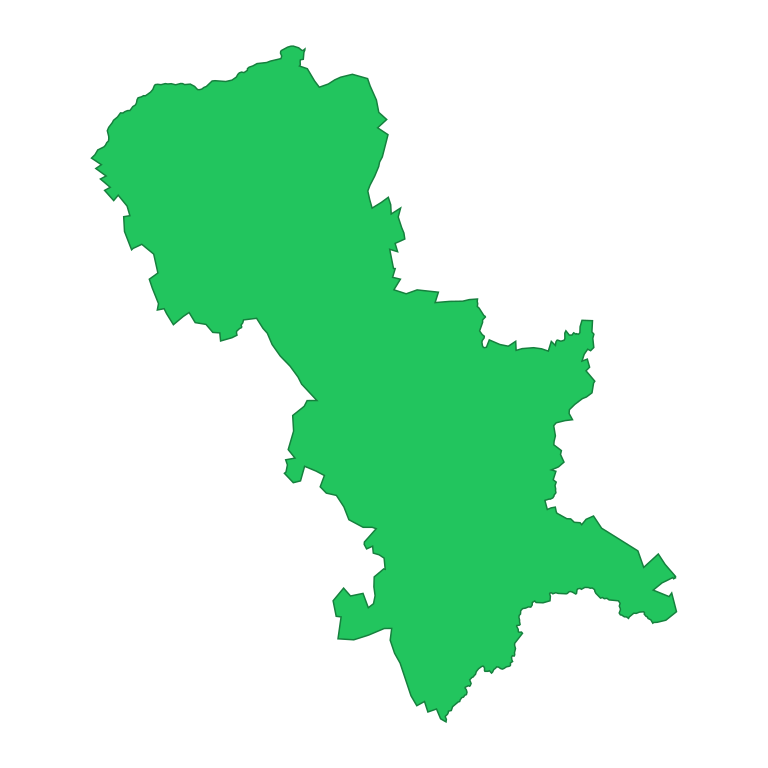 Capricorn, Limpopo, South Africa
{"feature_id": "47623444B39961875100415", "entity_name": "Capricorn", "entity_type": "district", "adm_level": 2, "iso_a3": "ZAF", "parent_name": "South Africa", "parent_adm1": "Limpopo", "projection": "natural_earth1", "projection_center": [29.178, -23.544], "detail": "fine", "context": "isolated", "style": "filled", "palette": "green", "viewbox_px": 768, "rotation_deg": 0, "n_neighbors": 0, "source": "geoboundaries", "source_scale": "gbopen_adm2", "svg_char_len": 6058}
<svg xmlns="http://www.w3.org/2000/svg" viewBox="0 0 768 768"><path d="M304.9,49.0L303.2,50.4L301.9,50.4L298.7,47.8L293.3,46.1L290.8,46.2L287.5,47.2L281.4,50.5L280.7,51.4L280.5,53.2L281.7,56.0L281.0,58.6L270.4,61.1L266.8,62.5L257.0,63.6L252.9,65.9L249.1,67.2L247.5,68.6L247.3,70.4L244.0,72.6L241.5,72.1L239.3,72.9L237.9,74.3L236.3,77.1L232.0,80.1L225.8,81.5L215.0,80.7L212.1,81.0L206.3,86.5L204.0,87.4L201.6,89.2L199.2,89.7L197.6,89.6L194.6,86.4L190.3,84.1L184.6,84.6L182.6,83.6L180.7,83.5L175.6,84.8L171.2,83.7L167.8,84.0L165.3,83.6L161.0,84.7L157.7,84.3L155.3,84.6L154.4,85.6L152.8,89.5L150.5,92.2L145.4,95.8L143.5,95.7L141.5,96.8L138.1,97.8L137.1,99.6L136.4,103.1L135.4,105.0L132.8,106.6L130.0,110.5L127.5,110.6L124.8,111.7L123.0,113.0L120.5,112.9L117.5,117.0L113.5,120.3L112.4,122.5L108.7,127.4L107.3,130.7L108.7,136.3L108.8,138.7L108.4,141.1L106.8,142.6L105.4,145.3L103.9,146.9L97.8,149.9L94.9,154.8L91.5,158.1L101.4,164.7L95.8,168.5L106.1,176.0L100.4,179.0L110.2,187.3L104.6,190.4L113.7,200.6L118.2,195.2L127.1,206.1L129.9,215.7L123.7,216.7L124.5,231.5L131.6,249.8L133.1,248.4L141.8,244.3L153.7,254.1L157.9,273.0L149.3,279.2L152.3,288.1L158.5,303.6L157.3,310.0L164.1,308.7L166.6,313.7L173.4,324.7L183.2,316.5L189.1,312.5L195.2,322.6L206.0,324.4L212.8,332.4L219.8,332.9L220.6,341.0L232.0,337.7L237.0,335.2L236.5,333.1L236.6,331.3L239.6,328.5L241.5,327.6L241.7,326.7L241.1,325.1L242.8,322.8L243.5,319.9L256.6,318.3L263.0,328.4L267.3,333.2L272.1,344.5L280.3,356.1L290.1,366.2L298.0,377.0L301.6,384.1L316.9,400.5L307.1,400.6L304.2,406.3L292.7,415.5L293.6,431.1L288.2,449.6L295.0,458.1L285.7,459.8L287.4,464.9L286.0,472.0L284.4,473.3L293.3,482.7L300.5,480.9L304.6,466.3L316.1,471.1L324.4,475.5L320.2,486.8L326.3,493.1L336.4,495.4L343.9,506.9L348.9,519.7L363.1,527.3L372.2,527.3L376.2,528.7L364.4,542.0L364.2,544.4L366.6,548.9L372.6,546.2L373.3,553.1L379.1,554.8L384.1,558.1L385.2,569.3L383.7,568.9L374.2,576.9L373.9,586.9L375.1,595.7L373.5,603.7L368.3,607.7L363.0,593.4L350.5,596.0L343.6,588.1L333.1,600.8L336.2,616.3L341.1,616.9L338.0,638.8L353.8,639.8L368.8,635.0L384.2,628.5L391.7,628.4L390.2,640.2L394.6,653.3L400.1,663.1L411.0,695.8L416.8,705.7L424.5,701.5L427.9,712.0L436.5,709.0L440.6,718.8L446.0,721.9L446.4,719.4L445.3,716.8L445.5,716.1L447.4,714.4L448.3,712.6L448.4,711.2L451.3,710.5L452.6,706.7L458.1,702.0L459.7,701.5L460.2,699.8L461.8,697.6L463.5,697.1L464.8,695.2L466.4,694.6L467.0,692.2L466.3,689.7L465.1,688.1L465.2,687.3L468.3,685.7L469.6,686.2L470.2,685.7L471.1,683.5L469.7,679.8L471.9,677.5L473.4,676.8L474.5,675.1L475.4,674.6L476.3,671.6L478.6,668.7L481.4,666.7L482.7,666.1L483.5,666.3L484.5,668.0L484.5,670.6L484.9,671.3L488.1,671.3L489.4,670.7L491.5,673.1L492.5,672.2L493.8,669.5L495.6,668.2L496.6,666.9L498.6,667.1L500.5,668.5L502.3,669.1L503.7,668.6L506.5,666.8L509.1,666.3L510.2,665.7L510.5,665.1L510.4,663.0L512.6,661.5L511.9,660.0L511.5,657.3L512.4,655.7L514.1,656.1L514.7,654.9L514.5,652.6L515.5,648.6L514.6,645.3L514.7,643.3L522.5,633.3L521.5,632.1L519.0,632.2L518.3,631.7L518.2,629.3L516.6,626.2L516.8,625.5L519.3,625.2L520.1,624.5L519.5,621.4L519.6,620.0L518.9,617.3L519.2,615.4L520.5,614.0L520.7,610.7L522.6,608.6L525.6,608.1L528.4,606.9L530.8,607.1L532.2,605.0L532.3,602.5L534.7,601.0L536.1,602.5L543.1,602.8L550.0,600.8L550.4,596.3L549.6,593.8L550.2,592.9L551.7,592.9L552.8,593.8L555.8,592.7L558.1,593.4L566.3,593.8L567.4,593.4L568.9,591.9L570.3,591.5L572.2,592.0L575.7,594.0L576.5,593.5L577.0,589.9L577.7,588.9L580.1,588.4L581.4,589.3L584.9,587.4L588.4,587.5L590.2,588.2L592.3,588.0L594.5,589.6L594.9,591.5L595.9,593.4L600.5,598.1L602.5,597.5L604.3,598.7L606.9,598.3L609.1,599.9L618.4,600.8L620.1,603.3L619.3,606.1L620.3,608.5L620.4,609.9L619.2,613.0L620.4,614.9L621.6,615.0L624.3,616.8L626.5,616.9L628.5,618.4L629.3,616.9L633.8,613.2L636.3,613.4L639.5,612.1L643.7,611.8L644.5,612.8L644.2,614.1L646.0,616.3L647.2,616.8L648.1,618.5L650.8,619.8L652.8,623.2L653.7,622.5L657.2,622.3L665.9,620.2L676.5,611.7L671.7,593.0L669.1,596.6L653.2,590.1L662.0,582.9L672.8,577.6L673.6,578.8L675.5,577.8L674.8,576.6L675.4,576.3L665.1,564.4L658.3,554.0L643.7,567.4L637.9,550.9L601.6,528.2L593.5,516.0L586.1,519.3L581.7,524.7L580.1,522.7L574.3,522.3L570.7,518.9L566.8,518.7L556.9,513.2L556.2,511.6L555.3,507.1L551.0,507.9L547.3,509.5L544.9,500.4L549.0,499.1L550.4,499.1L552.8,497.9L554.0,496.1L554.1,495.1L555.9,492.8L555.5,490.1L555.7,489.0L555.0,485.6L556.2,482.1L553.2,479.8L555.9,471.3L551.3,469.9L558.5,466.9L564.0,462.1L560.5,454.5L561.4,450.6L553.8,444.8L554.1,441.3L555.4,435.9L553.7,425.7L556.2,422.8L565.1,420.6L572.5,419.7L569.1,413.5L569.4,409.7L574.8,404.4L582.4,398.6L586.4,397.0L592.0,392.8L593.6,383.0L594.8,381.2L586.0,370.8L589.6,367.2L587.3,359.1L582.0,361.1L584.2,354.3L587.7,349.2L590.6,350.7L593.8,347.5L592.8,338.3L593.9,334.2L591.9,331.9L592.5,320.7L582.0,320.3L580.1,326.7L579.9,332.7L578.5,334.3L576.5,333.7L576.0,334.2L573.7,332.8L571.9,335.1L569.3,335.1L565.9,330.8L564.8,333.1L564.9,338.5L564.2,340.2L560.9,341.2L557.6,340.1L556.9,340.3L555.9,342.0L555.4,345.4L551.3,341.4L548.3,351.1L541.6,348.8L533.6,347.7L522.2,348.6L516.1,350.4L515.7,341.3L508.3,346.2L499.9,344.5L489.3,339.9L486.4,347.3L484.1,347.7L483.3,347.2L482.5,345.9L481.9,342.2L482.3,340.5L484.1,338.0L484.3,336.2L482.2,334.6L479.6,330.9L482.6,322.4L482.6,319.9L485.4,317.0L485.1,316.3L483.9,315.6L479.1,308.1L477.3,306.5L477.7,303.7L477.2,301.4L477.5,299.0L469.3,299.6L462.6,301.2L449.5,301.4L435.1,302.6L438.4,292.2L417.1,289.9L406.2,293.8L393.9,289.8L400.4,279.2L392.6,277.3L395.2,268.6L393.5,268.5L389.7,249.3L397.6,251.7L395.1,243.4L404.8,239.0L403.9,233.0L401.7,227.7L398.2,217.0L400.6,208.0L391.2,214.0L390.7,204.7L388.3,197.3L381.2,202.5L372.1,208.1L369.7,199.6L367.8,191.0L370.0,185.2L374.7,176.1L378.7,166.5L379.6,162.0L382.3,157.0L388.0,134.7L377.6,127.8L386.7,119.5L378.8,112.4L376.4,100.0L370.1,85.9L367.6,78.6L352.4,74.3L340.6,77.2L334.7,79.9L328.3,84.0L319.3,87.2L314.6,81.0L307.3,68.7L299.4,66.0L300.3,64.8L300.1,61.5L300.4,59.8L303.3,59.3L303.9,52.4L304.8,50.1L304.9,49.0Z" fill="#22c55e" stroke="#15803d" stroke-width="1.5"/></svg>